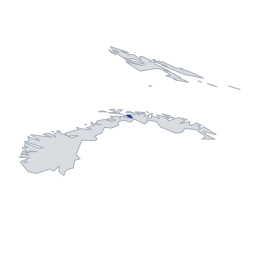 Gratangen nor, Norway (highlighted), rotated 19°
{"feature_id": "86288312B27152726766865", "entity_name": "Gratangen nor", "entity_type": "district", "adm_level": 2, "iso_a3": "NOR", "parent_name": "Norway", "parent_adm1": "", "projection": "equal_earth", "projection_center": [17.46, 68.708], "detail": "fine", "context": "in_parent", "style": "filled", "palette": "blue", "viewbox_px": 256, "rotation_deg": 19, "n_neighbors": 0, "source": "geoboundaries", "source_scale": "gbopen_adm2", "svg_char_len": 4805}
<svg xmlns="http://www.w3.org/2000/svg" viewBox="0 0 256 256"><g transform="rotate(19 128 128)"><path d="M152.8,112.6L143.1,114.3L144.6,115.5L142.2,118.9L131.1,117.5L128.5,121.6L120.9,122.1L116.5,125.5L118.3,128.1L112.0,133.6L105.5,135.0L104.9,141.2L99.0,146.7L101.9,147.7L101.7,150.5L88.4,154.5L87.5,169.8L92.6,172.9L88.2,175.8L89.3,183.5L83.2,187.9L82.7,193.8L76.8,191.5L75.4,186.4L71.9,193.0L67.4,192.1L56.6,200.7L47.9,201.8L37.4,195.5L38.4,193.0L41.8,194.3L43.9,193.1L40.5,192.3L44.6,188.2L35.0,191.1L36.7,187.5L43.5,186.0L39.9,185.6L43.2,182.4L49.7,180.0L43.4,181.4L35.5,187.5L36.3,183.6L39.9,183.3L36.1,180.6L40.1,178.5L36.2,178.9L35.7,175.5L50.3,176.2L54.6,174.1L36.6,174.3L38.5,171.7L35.9,168.5L43.6,169.2L48.8,168.5L37.7,166.1L59.1,161.5L49.5,161.5L55.7,158.5L63.0,160.5L59.9,158.0L63.1,154.5L78.4,155.6L83.5,151.3L73.4,155.2L70.1,153.6L84.2,143.7L91.2,142.7L94.1,140.9L88.7,141.4L95.1,136.2L93.5,135.2L102.1,133.7L95.8,134.2L96.6,131.2L102.8,127.7L111.6,127.1L105.1,126.6L108.6,124.4L112.9,126.0L113.5,124.8L107.6,122.7L115.8,119.8L117.8,122.2L117.1,119.2L126.1,118.4L119.2,117.7L129.7,113.4L130.7,111.3L134.7,112.4L133.1,111.2L140.1,109.1L139.8,111.6L144.2,108.2L142.9,112.2L147.1,111.0L146.2,108.4L155.1,108.9L150.9,106.3L159.6,105.4L164.1,107.9L172.9,101.3L179.6,102.5L175.1,107.1L184.2,101.9L185.0,105.1L187.6,104.5L191.2,100.8L196.4,101.5L193.4,103.4L195.9,103.5L195.7,106.2L199.4,102.2L213.7,105.6L199.6,106.8L205.9,109.5L214.1,110.1L201.7,114.3L203.8,111.3L202.3,110.0L192.9,107.4L182.1,109.8L180.4,114.5L175.3,117.3L158.4,116.4L152.8,112.6ZM118.2,55.7L127.7,56.7L126.7,58.2L131.1,57.4L132.8,58.7L149.1,60.8L135.7,62.3L120.8,70.3L104.4,66.1L122.1,64.3L105.0,64.9L102.6,63.8L123.7,62.1L119.4,61.8L121.4,61.1L108.8,60.9L108.4,62.1L99.4,62.9L88.8,59.9L95.1,59.9L92.6,58.6L87.9,59.2L85.0,56.8L103.0,56.4L104.3,56.8L96.1,57.5L104.5,58.4L109.8,56.8L118.7,59.8L115.7,57.0L118.2,55.7ZM139.0,54.2L154.2,55.7L158.4,54.2L160.3,54.4L159.1,55.2L166.7,54.6L183.6,56.3L164.4,59.0L141.4,57.8L138.7,57.4L145.3,56.8L133.0,56.8L130.2,56.2L133.8,55.8L128.2,55.4L136.7,55.5L135.7,54.7L139.1,55.1L139.0,54.2ZM150.5,61.4L161.7,63.3L159.7,63.9L170.7,65.0L158.0,67.1L155.7,66.9L157.2,65.9L146.6,66.3L150.9,64.2L142.2,61.9L150.5,61.4ZM114.1,117.5L119.4,116.4L104.0,120.1L111.8,117.1L112.4,114.2L116.7,112.6L114.1,117.5ZM122.4,112.0L129.5,111.8L121.2,114.0L122.4,112.0ZM129.4,110.4L139.5,107.7L134.2,110.6L129.4,110.4ZM83.9,60.1L91.4,62.1L93.1,62.9L87.2,61.9L83.9,60.1ZM109.4,114.5L110.6,117.1L104.9,116.5L109.4,114.5ZM164.3,102.5L160.5,104.3L155.0,103.5L161.3,103.2L164.3,102.5ZM165.1,103.8L163.4,105.9L161.1,105.3L165.1,103.8ZM97.6,120.3L103.1,119.7L97.1,121.4L97.6,120.3ZM221.3,55.2L209.0,55.5L221.7,55.1L221.3,55.2ZM191.9,59.9L199.1,60.1L188.2,60.3L191.9,59.9ZM176.4,101.1L180.5,100.7L181.8,101.1L176.4,101.1ZM167.7,103.3L167.0,104.4L165.8,103.4L167.7,103.3ZM146.4,106.3L146.3,107.4L144.7,107.0L146.4,106.3ZM136.2,80.8L135.7,81.7L133.8,81.0L136.2,80.8ZM183.0,61.0L179.7,60.9L179.3,60.6L183.0,61.0ZM80.9,143.7L81.9,144.7L78.9,144.5L80.9,143.7ZM139.4,106.1L141.5,106.5L142.7,107.1L139.4,106.1ZM130.4,54.6L131.8,55.0L129.6,54.9L130.4,54.6ZM64.7,153.6L61.1,153.8L64.9,153.1L64.7,153.6ZM59.5,155.5L58.1,156.4L57.6,156.0L59.5,155.5ZM96.2,121.7L94.3,122.7L96.4,121.1L96.2,121.7ZM35.5,181.0L34.9,182.7L34.8,180.5L35.5,181.0ZM92.1,135.4L91.3,134.5L92.4,134.6L92.1,135.4ZM206.7,108.4L206.4,109.3L206.2,109.2L206.7,108.4ZM93.0,136.2L91.0,136.4L93.4,136.0L93.0,136.2ZM87.1,138.1L87.3,139.0L86.3,138.7L87.1,138.1ZM35.2,174.2L34.3,175.1L34.6,174.3L35.2,174.2Z" fill="#d9dde1" stroke="#a8b0b8" stroke-width="1"/><path d="M127.7,117.2L127.8,117.1L127.8,116.9L128.0,116.8L127.9,116.8L127.9,116.7L128.0,116.7L127.9,116.7L128.0,116.7L127.9,116.6L127.7,116.6L127.1,116.5L126.9,116.5L126.7,116.5L126.4,116.5L126.4,116.4L126.5,116.4L126.4,116.4L126.4,116.2L126.2,116.1L125.9,116.1L125.7,116.0L125.4,115.9L125.2,115.9L125.3,115.9L125.5,115.7L125.4,115.7L125.2,115.7L125.2,115.8L124.9,115.9L124.7,115.9L124.6,116.0L124.4,116.0L124.2,116.0L124.3,116.2L124.5,116.2L124.5,116.3L124.8,116.3L124.8,116.2L125.0,116.2L125.3,116.3L125.5,116.3L125.6,116.5L125.8,116.6L126.0,116.6L126.3,116.6L126.5,116.6L126.9,116.7L127.0,116.7L126.9,116.7L127.0,116.7L126.9,116.7L127.0,116.7L126.9,116.7L126.9,116.8L126.9,116.7L126.7,116.7L126.4,116.7L126.2,116.6L125.9,116.7L125.7,116.7L125.4,116.7L125.2,116.6L125.3,116.6L125.2,116.6L125.3,116.6L125.2,116.6L125.3,116.5L125.2,116.5L125.2,116.4L124.8,116.3L124.7,116.4L124.4,116.4L124.2,116.3L123.9,116.3L123.6,116.4L123.8,116.5L123.7,116.5L123.9,116.6L124.0,116.7L123.9,116.7L124.0,116.7L124.3,116.7L124.5,116.7L124.7,116.8L124.8,116.9L124.9,117.0L125.1,117.0L125.2,116.9L125.3,117.0L125.5,117.0L125.8,117.2L126.0,117.2L127.4,117.2L127.7,117.2Z" fill="#3b82f6" stroke="#1e3a8a" stroke-width="1.5"/></g></svg>